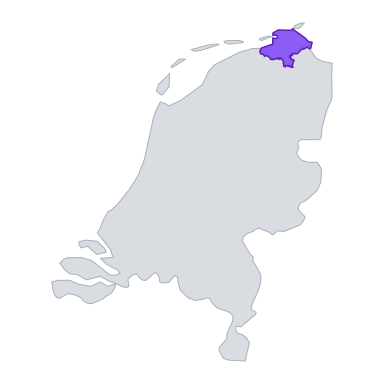 Het Hogeland, Groningen, Netherlands (highlighted)
{"feature_id": "6326949B63985747686653", "entity_name": "Het Hogeland", "entity_type": "district", "adm_level": 2, "iso_a3": "NLD", "parent_name": "Netherlands", "parent_adm1": "Groningen", "projection": "orthographic", "projection_center": [6.588, 53.413], "detail": "fine", "context": "in_parent", "style": "filled", "palette": "violet", "viewbox_px": 384, "rotation_deg": 0, "n_neighbors": 0, "source": "geoboundaries", "source_scale": "gbopen_adm2", "svg_char_len": 6343}
<svg xmlns="http://www.w3.org/2000/svg" viewBox="0 0 384 384"><path d="M245.2,361.0L237.6,360.6L230.5,360.3L226.8,359.7L222.9,357.9L221.1,354.2L218.9,349.7L219.6,347.0L226.3,339.4L227.3,337.3L226.6,336.2L227.3,332.8L232.5,321.4L233.2,316.8L231.0,313.5L227.7,311.5L217.2,308.0L212.2,303.1L210.0,298.9L207.6,297.7L204.2,299.0L195.4,300.4L188.3,298.1L180.1,290.0L178.3,282.8L177.4,277.4L175.3,275.4L172.4,278.2L168.8,282.5L161.7,282.9L159.7,281.8L159.5,279.3L159.1,277.0L157.2,274.0L155.2,272.4L146.1,280.3L142.8,280.2L138.7,276.9L136.7,273.8L132.1,275.4L127.8,279.1L129.0,286.2L126.8,287.4L121.7,286.6L116.1,283.5L109.7,281.5L100.2,276.3L86.5,279.8L77.3,274.6L69.5,273.8L64.8,269.8L59.8,263.2L63.7,259.1L67.4,257.8L81.6,257.6L91.9,260.6L110.1,275.2L114.8,275.2L119.9,273.6L117.5,269.8L112.8,267.8L106.0,263.8L100.7,258.4L113.7,257.1L112.0,254.3L110.5,249.6L97.4,233.0L99.9,228.7L103.6,219.4L108.1,211.8L111.6,209.8L117.4,204.4L130.0,188.6L138.0,175.7L144.2,160.1L153.6,117.2L156.3,109.9L160.4,101.9L165.4,103.6L168.8,106.0L181.2,100.1L202.5,84.5L208.9,70.8L215.1,64.5L239.2,52.3L252.5,48.6L272.9,47.8L287.7,45.6L305.4,44.7L312.1,52.4L316.1,58.1L322.4,61.2L332.2,63.3L331.7,74.4L332.0,96.5L331.3,100.4L326.9,109.8L322.3,126.6L321.1,137.5L319.7,139.7L300.8,139.7L298.1,141.6L297.8,144.0L298.7,146.8L298.3,149.6L296.8,151.9L297.6,155.5L300.9,159.7L306.9,162.2L313.3,162.4L316.6,162.0L319.1,164.9L321.5,169.4L321.3,175.2L320.5,182.9L317.4,190.0L308.7,198.2L304.7,201.1L301.0,202.6L299.3,204.8L298.4,207.6L298.6,210.0L304.9,216.6L304.8,218.1L303.0,221.5L300.5,224.7L284.3,231.4L277.5,230.9L273.7,234.2L272.5,234.8L268.2,231.8L258.8,228.2L255.2,229.4L253.2,231.3L247.2,233.6L242.9,237.2L242.8,242.0L250.3,254.3L253.0,256.7L253.1,261.3L256.7,267.1L260.5,274.3L260.9,278.8L260.4,283.5L258.4,290.0L251.7,305.3L251.6,308.3L252.1,310.5L254.4,311.2L256.1,312.3L255.6,314.4L243.0,325.0L241.4,326.8L236.2,326.2L235.3,328.0L236.0,330.9L238.0,333.4L242.5,334.8L246.3,337.5L249.4,342.8L245.2,361.0ZM116.1,283.5L114.8,287.9L111.8,292.7L101.8,299.4L91.5,303.7L86.3,302.9L82.8,300.3L80.9,297.7L75.6,295.1L68.2,293.5L63.5,296.0L60.0,298.3L57.1,297.8L55.1,295.6L53.5,292.3L51.8,282.0L57.4,280.4L69.4,280.2L78.6,284.2L90.8,286.4L100.3,281.9L107.5,286.3L116.1,283.5ZM97.2,241.3L104.1,248.0L105.6,250.1L106.0,252.3L96.9,254.5L87.6,246.3L81.1,247.9L78.9,244.1L79.0,241.8L85.6,240.1L97.2,241.3ZM169.1,86.9L161.9,95.1L157.7,92.6L156.5,90.7L158.8,84.2L169.5,73.6L169.1,86.9ZM200.8,50.5L194.3,51.3L191.3,49.6L207.2,45.2L217.2,43.9L218.9,44.6L200.8,50.5ZM243.2,42.5L229.4,44.2L224.8,42.7L224.0,41.3L227.8,40.6L239.6,40.5L243.2,41.7L243.2,42.5ZM185.4,59.3L172.2,67.7L171.1,66.3L179.7,58.9L185.4,59.3ZM299.6,28.1L293.2,28.5L295.0,25.4L301.0,23.0L304.2,23.0L299.6,28.1ZM271.6,36.5L261.7,40.5L259.4,39.6L260.0,38.5L268.6,36.0L271.6,36.5Z" fill="#d9dde1" stroke="#a8b0b8" stroke-width="1"/><path d="M294.0,60.3L293.8,60.3L293.7,60.3L293.3,60.4L293.2,60.4L292.9,59.6L292.3,59.6L291.6,59.7L291.1,58.6L291.2,58.4L291.0,58.0L290.9,57.8L290.6,57.8L290.3,57.9L290.1,57.2L289.8,57.2L289.7,57.1L289.9,57.0L290.0,57.0L290.3,57.0L290.6,56.9L290.6,56.5L290.3,56.6L289.9,55.8L290.4,55.5L290.5,55.5L290.6,55.4L290.6,55.5L291.3,55.6L291.5,55.6L291.6,55.4L291.7,55.5L291.8,55.5L291.8,55.4L292.0,55.4L292.1,55.2L292.1,54.9L292.1,54.5L292.0,54.4L292.0,54.2L292.3,54.0L292.5,54.0L292.7,54.3L292.8,54.2L292.7,54.0L293.0,53.9L293.2,53.7L293.3,53.5L293.5,53.7L293.5,53.8L293.8,53.7L293.9,53.8L294.0,53.7L294.3,53.6L294.5,53.6L294.8,53.5L295.0,53.7L295.3,53.7L295.5,53.6L295.7,53.4L295.8,53.5L296.0,53.6L296.4,53.6L296.5,53.6L296.9,53.9L297.0,53.9L297.3,53.6L297.6,53.4L297.8,53.2L298.0,53.0L298.2,52.8L298.9,52.2L299.3,51.8L299.6,51.5L300.7,50.1L301.0,49.9L301.5,49.6L301.8,49.4L302.0,49.3L302.1,49.2L302.4,48.9L302.7,48.3L302.9,48.3L303.0,48.3L303.1,48.5L303.3,48.7L303.7,49.1L307.3,46.9L307.4,47.0L307.6,47.2L307.7,47.3L308.2,47.9L308.6,48.2L309.1,48.5L309.4,48.6L310.6,48.6L312.1,42.5L311.8,42.3L310.6,41.9L309.4,41.9L308.3,41.5L306.5,39.5L305.6,38.5L303.6,37.0L300.7,34.8L297.7,32.7L294.8,30.6L293.5,29.5L292.8,28.8L291.1,30.3L278.2,30.0L272.9,33.1L272.9,35.2L273.9,35.0L275.0,35.3L275.3,35.2L275.8,35.2L276.2,35.3L276.5,35.4L277.0,35.8L277.4,36.3L277.5,37.1L277.5,37.8L277.3,38.1L276.9,38.4L276.4,38.5L275.1,38.3L274.9,38.4L273.9,38.2L272.8,38.1L272.7,44.1L261.8,47.9L259.9,50.6L259.9,50.9L259.9,51.3L259.9,51.5L260.0,52.0L260.1,52.5L260.3,53.1L260.5,53.4L260.6,53.6L260.8,53.7L261.4,54.0L261.9,54.1L263.2,54.4L263.4,54.5L263.5,54.5L263.8,54.7L263.8,54.8L264.0,55.1L264.1,55.6L264.3,56.0L264.5,56.2L264.7,56.3L264.8,56.3L264.9,56.2L265.1,56.1L265.3,55.8L265.5,55.7L265.9,55.6L266.1,55.6L266.7,55.9L267.1,55.9L267.3,56.0L267.5,56.1L267.8,56.3L268.2,56.4L268.8,57.0L269.2,57.3L269.5,57.4L269.7,57.6L269.9,57.8L270.1,57.9L270.1,58.0L270.3,58.4L270.3,58.6L270.3,58.8L270.3,59.0L270.5,59.3L270.9,59.5L271.0,59.5L271.4,59.5L271.5,59.5L271.8,59.3L272.0,59.1L272.3,59.1L272.6,59.2L272.8,59.4L272.9,59.6L273.0,59.7L273.3,59.6L273.5,59.3L273.6,59.0L273.7,58.9L273.8,58.8L274.0,58.8L274.4,58.9L274.6,59.0L274.8,59.0L275.4,59.0L276.0,59.1L276.3,59.1L276.6,59.0L276.8,58.8L277.0,58.6L277.1,58.2L277.3,58.0L277.7,58.1L277.8,58.2L278.0,58.1L278.3,58.0L278.5,58.2L278.7,58.7L278.8,58.8L278.8,59.0L278.9,59.3L279.0,59.4L279.3,59.2L279.5,59.0L279.5,58.9L279.7,58.7L279.5,58.4L279.5,58.2L279.9,58.0L280.1,57.9L280.2,58.0L280.3,58.0L280.5,58.1L280.6,58.3L280.5,58.6L280.4,58.6L280.5,58.7L280.5,58.8L281.0,58.9L281.3,58.8L281.4,58.6L281.6,58.6L281.8,58.7L282.0,58.8L282.0,59.0L281.9,59.3L282.1,59.6L282.4,60.1L283.1,61.1L283.3,61.5L283.5,61.9L283.5,62.0L283.4,62.3L283.4,62.6L283.5,62.8L283.5,63.0L283.4,63.2L283.3,63.3L283.3,63.7L283.3,63.8L283.5,64.1L283.5,64.4L283.7,64.8L283.6,65.0L283.7,65.4L283.8,66.3L284.0,66.4L284.5,66.2L284.5,66.3L284.8,66.3L284.9,66.5L285.0,66.4L285.2,66.2L285.3,66.3L285.3,66.2L285.6,66.1L286.0,66.0L285.9,65.7L286.1,65.6L286.4,65.5L286.5,65.6L286.8,65.6L286.8,65.8L287.0,65.8L287.3,65.8L287.3,65.7L287.9,65.6L287.9,65.9L288.3,65.9L288.9,65.8L289.1,65.9L289.4,65.8L289.3,66.5L290.7,66.8L290.7,67.0L291.5,67.1L291.6,67.3L292.7,67.1L292.8,67.1L292.7,66.9L292.7,66.6L292.7,66.4L292.6,66.1L292.5,65.9L292.2,65.5L292.2,65.4L293.4,62.0L293.4,61.9L293.5,61.8L293.5,61.6L293.6,61.4L293.7,61.1L293.8,60.9L293.9,60.7L294.0,60.4L294.0,60.3Z" fill="#8b5cf6" stroke="#5b21b6" stroke-width="1.5"/></svg>